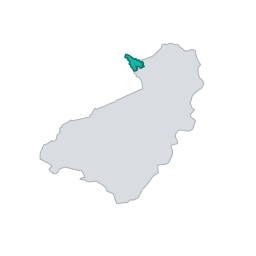 Noumbiel, Noumbiel, Burkina Faso shown in context, rotated 156°
{"feature_id": "67063806B78350075830190", "entity_name": "Noumbiel", "entity_type": "district", "adm_level": 2, "iso_a3": "BFA", "parent_name": "Burkina Faso", "parent_adm1": "Noumbiel", "projection": "orthographic", "projection_center": [-3.048, 9.8], "detail": "fine", "context": "in_parent", "style": "filled", "palette": "teal", "viewbox_px": 256, "rotation_deg": 156, "n_neighbors": 0, "source": "geoboundaries", "source_scale": "gbopen_adm2", "svg_char_len": 5704}
<svg xmlns="http://www.w3.org/2000/svg" viewBox="0 0 256 256"><g transform="rotate(156 128 128)"><path d="M186.4,157.4L180.4,157.7L178.2,158.4L176.8,158.4L176.8,157.9L176.6,157.5L169.0,155.7L163.6,154.7L158.2,153.5L157.9,154.7L157.1,155.4L155.9,155.5L155.1,155.3L154.6,156.2L153.7,157.4L152.4,157.9L151.2,158.7L150.5,159.3L150.0,159.3L148.7,157.8L147.1,157.7L144.0,158.0L142.6,157.6L140.7,157.4L136.2,157.7L129.1,157.1L127.9,157.5L127.6,157.8L120.5,157.9L112.7,158.0L106.2,158.0L100.4,158.1L100.4,157.8L98.6,157.8L98.4,158.3L96.8,164.3L96.6,167.6L97.5,169.6L98.4,170.9L99.5,171.4L99.6,172.1L98.8,173.1L98.8,174.0L99.9,175.0L100.1,176.1L99.6,177.1L99.7,179.8L100.5,183.9L100.5,186.6L99.8,187.9L100.1,190.0L101.5,193.0L101.8,194.2L101.3,194.8L100.1,195.6L98.9,195.6L97.5,193.7L96.9,192.9L95.8,191.1L94.9,189.3L93.6,188.5L92.3,187.7L90.8,185.4L89.3,184.3L87.7,184.6L85.5,184.2L80.9,183.6L75.9,183.7L73.8,184.3L71.8,185.1L66.7,187.0L64.6,187.9L63.1,190.2L61.3,190.2L59.6,189.4L58.5,188.3L56.1,188.6L53.9,187.5L51.7,185.5L50.1,184.8L48.0,183.3L47.5,180.5L46.2,178.6L45.0,175.8L43.2,174.6L41.2,173.9L38.4,174.0L36.5,172.9L35.0,171.3L35.4,170.0L36.1,168.0L36.2,166.1L36.7,163.1L36.4,159.2L35.9,156.5L37.5,155.4L39.3,154.5L40.5,152.7L41.7,148.6L42.2,145.1L41.8,143.8L41.2,142.7L40.8,141.2L40.5,139.4L40.8,137.7L42.2,136.2L43.9,135.0L45.1,134.4L48.4,133.8L52.4,132.9L54.7,131.9L56.4,130.8L57.4,130.0L58.3,128.3L59.9,127.0L61.1,125.6L61.3,121.9L61.3,119.8L60.4,118.6L59.9,117.6L65.9,114.7L65.9,112.6L65.1,110.3L63.9,108.5L63.5,106.9L65.2,105.0L66.6,103.6L67.7,102.4L70.0,100.6L72.5,100.1L74.6,100.8L81.1,105.1L82.2,105.4L83.6,105.1L85.3,104.0L87.5,103.1L88.3,100.2L88.3,96.0L88.8,94.0L89.9,93.7L93.7,94.5L94.6,94.5L95.7,94.3L96.5,93.5L96.5,92.2L96.3,91.0L97.5,87.0L99.7,84.1L104.2,80.4L105.6,79.7L107.2,79.3L115.2,81.8L116.5,81.2L118.4,74.9L120.6,74.3L123.2,74.2L124.9,73.6L125.8,73.2L129.5,70.8L136.2,67.5L139.8,66.1L140.5,65.6L143.1,63.3L146.5,60.6L148.6,60.1L151.6,59.9L153.5,60.3L154.1,61.0L154.7,61.4L158.6,60.2L164.3,62.0L169.2,63.7L168.9,64.8L168.9,66.8L168.5,69.9L168.1,73.6L170.1,76.0L172.6,78.6L173.2,79.6L172.6,82.1L173.1,83.6L174.4,86.1L176.6,89.3L178.9,92.5L180.4,92.9L181.9,93.2L182.8,93.7L184.1,94.3L185.4,94.6L186.6,95.3L187.3,96.0L188.3,98.0L190.8,99.3L192.6,100.6L191.9,101.3L189.7,101.1L187.6,100.5L187.4,101.5L187.4,105.2L187.7,108.2L188.2,108.6L190.3,109.2L195.3,113.1L199.9,116.8L201.4,117.8L203.9,118.1L206.6,118.3L207.8,117.9L210.5,115.9L211.9,115.7L213.2,115.8L213.9,116.0L215.3,117.6L216.5,119.9L216.9,121.6L216.8,122.6L216.4,122.9L214.2,123.4L213.2,123.8L213.0,124.3L213.4,125.4L213.8,126.2L216.3,129.6L219.9,134.1L221.0,135.2L220.4,136.6L218.7,140.2L217.4,141.7L211.6,146.8L208.7,146.3L202.7,147.4L201.8,146.3L200.4,146.1L198.6,146.3L198.0,146.8L197.8,147.3L197.2,148.0L196.1,150.0L195.2,150.5L194.2,150.9L192.9,150.8L192.1,151.1L192.1,152.1L191.9,153.0L191.0,153.4L190.6,154.4L190.7,155.3L190.2,155.8L189.1,155.6L188.4,155.3L187.8,156.5L187.0,157.4L186.4,157.4Z" fill="#d9dde1" stroke="#a8b0b8" stroke-width="1"/><path d="M99.3,177.6L99.0,177.6L98.9,177.7L98.7,177.7L98.4,177.7L98.1,177.6L97.9,177.4L98.0,177.2L97.9,177.1L97.7,177.0L97.3,177.0L97.2,177.0L96.5,177.1L96.4,177.1L96.3,177.3L96.3,177.5L96.2,177.6L96.1,177.8L95.9,178.0L95.7,178.1L95.4,178.2L95.4,178.3L95.2,178.3L95.2,178.5L95.2,178.8L95.3,178.8L95.3,179.0L95.5,179.1L95.7,179.3L95.8,179.3L95.8,179.5L95.7,179.6L95.8,179.6L95.8,179.8L95.8,180.0L95.7,180.2L95.7,180.3L95.5,180.5L95.4,180.7L95.4,180.8L95.3,180.7L95.2,180.7L94.9,180.5L94.7,180.5L94.4,180.5L94.3,180.4L94.2,180.3L94.1,180.2L93.9,180.1L93.7,180.0L93.6,179.9L93.4,179.8L93.3,179.7L93.2,179.7L92.9,179.6L92.9,179.4L92.8,179.2L92.6,179.1L92.6,178.9L92.5,178.7L92.4,178.5L92.4,178.4L92.2,178.2L92.3,178.1L92.3,177.9L92.2,177.9L92.3,177.8L92.2,177.7L92.0,177.4L91.8,177.4L91.7,177.4L91.6,177.5L91.5,177.4L91.4,177.5L91.1,177.6L90.7,177.7L90.4,177.6L90.0,177.5L89.9,177.5L89.6,177.6L89.4,177.6L89.1,177.5L88.7,177.6L88.4,177.6L88.2,177.7L88.2,177.8L88.3,177.9L88.3,178.0L88.3,178.3L88.4,178.5L88.5,178.5L88.7,178.8L88.8,178.8L89.0,178.9L89.2,179.0L89.4,179.1L89.4,179.3L89.4,179.6L89.3,179.8L89.2,179.8L88.8,179.9L88.7,179.9L88.4,179.8L88.2,179.9L88.2,180.0L88.1,180.4L88.0,180.5L87.9,180.6L87.7,180.7L87.6,180.8L87.6,181.0L87.7,181.3L87.9,181.4L87.9,181.5L87.9,181.8L88.0,181.8L87.9,181.9L87.8,182.1L87.7,182.2L87.7,182.3L87.8,182.4L87.9,182.5L88.0,182.6L88.3,182.5L88.5,182.5L88.6,182.4L88.8,182.5L88.9,182.8L89.0,182.9L89.0,183.0L89.3,183.2L89.3,183.3L89.5,183.3L89.8,183.3L89.8,183.5L89.7,183.5L89.8,183.6L90.0,183.5L90.0,183.8L90.0,184.3L90.0,184.5L90.0,184.9L90.0,185.2L90.0,185.3L90.2,185.5L90.7,185.6L91.1,185.4L91.3,185.4L91.6,185.5L91.9,186.0L92.0,186.3L92.2,186.5L92.3,186.8L92.4,187.3L92.4,187.5L92.5,187.6L92.7,187.9L93.0,188.4L93.2,188.5L93.5,188.5L93.6,188.4L94.2,187.9L94.3,187.9L94.4,188.1L94.7,188.5L95.0,189.1L95.1,189.6L95.4,190.3L95.7,190.9L95.9,191.2L96.0,191.2L96.4,192.0L96.7,192.7L96.9,193.0L97.7,194.0L98.2,194.5L98.4,194.7L99.0,195.4L99.4,195.7L99.6,195.9L100.0,196.1L100.4,195.9L100.8,195.3L101.0,195.2L101.1,194.9L101.5,194.4L101.7,194.2L101.9,194.0L101.9,193.9L101.4,193.3L101.4,193.2L100.9,193.0L100.4,192.7L100.1,192.4L100.0,192.2L99.8,191.7L99.9,191.4L100.0,191.1L100.4,190.4L100.3,190.1L100.2,189.6L100.0,189.4L99.6,189.2L99.4,188.8L99.5,188.4L99.4,188.0L99.4,187.8L99.7,187.5L99.8,187.1L100.1,186.7L100.7,186.2L100.8,186.0L100.8,185.9L100.8,185.7L100.4,185.3L100.2,185.0L100.1,184.9L100.0,184.3L100.0,184.1L100.0,183.8L100.4,183.0L100.4,182.8L100.2,182.2L100.1,181.8L99.7,181.2L99.5,180.5L99.5,180.1L99.5,179.8L99.4,179.2L99.5,178.7L99.4,178.1L99.4,177.7L99.3,177.6Z" fill="#14b8a6" stroke="#0f766e" stroke-width="1.5"/></g></svg>